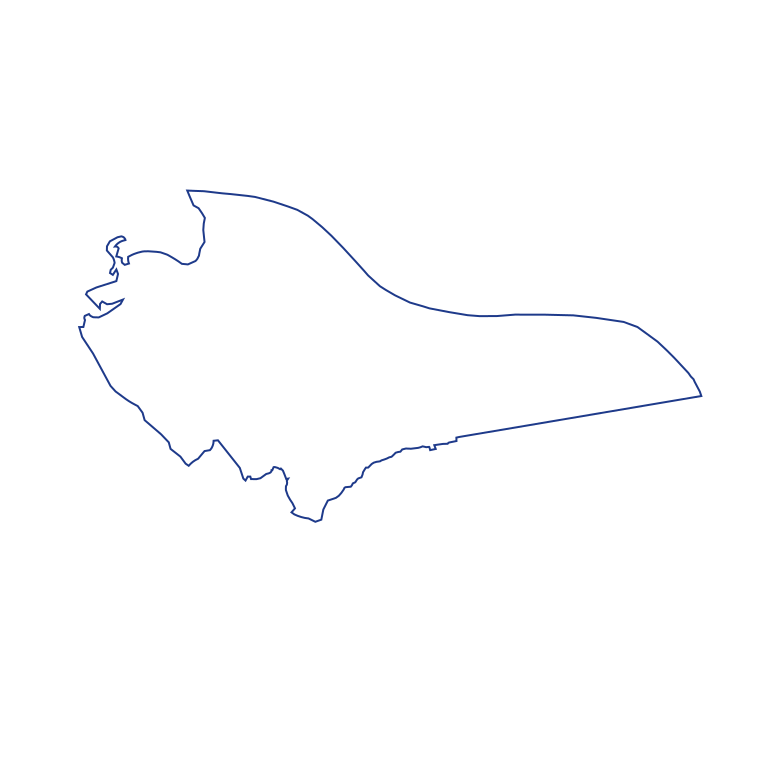 outline of Coronini, Caras-Severin, Romania, rotated 194°
{"feature_id": "2599482B76282201234198", "entity_name": "Coronini", "entity_type": "district", "adm_level": 2, "iso_a3": "ROU", "parent_name": "Romania", "parent_adm1": "Caras-Severin", "projection": "robinson", "projection_center": [21.719, 44.681], "detail": "fine", "context": "isolated", "style": "outline", "palette": "blue", "viewbox_px": 768, "rotation_deg": 194, "n_neighbors": 0, "source": "geoboundaries", "source_scale": "gbopen_adm2", "svg_char_len": 3676}
<svg xmlns="http://www.w3.org/2000/svg" viewBox="0 0 768 768"><g transform="rotate(194 384 384)"><path d="M553.7,257.4L552.3,259.9L550.6,262.3L548.6,264.5L546.3,266.5L541.9,275.5L536.9,277.7L536.3,278.9L535.8,280.1L535.5,281.4L535.3,282.6L535.2,283.9L535.2,285.2L535.4,286.5L535.6,287.7L531.5,289.2L503.6,267.7L497.6,258.2L495.0,256.8L493.8,261.2L491.3,261.8L490.0,259.6L484.8,260.8L481.1,262.7L476.5,268.2L474.1,269.5L472.8,270.6L472.1,272.0L472.3,273.2L471.5,273.5L471.0,276.6L469.9,277.0L466.9,276.9L464.2,276.2L463.6,277.0L461.1,275.5L458.9,272.5L455.9,268.2L454.1,269.0L454.9,266.6L454.1,264.8L453.9,262.9L454.4,261.1L453.8,258.3L453.5,257.3L450.4,252.5L447.1,249.0L444.0,246.2L440.3,241.8L441.1,240.2L442.7,237.1L439.5,235.8L435.9,235.2L432.1,234.9L428.4,234.9L424.7,235.3L417.3,233.7L412.0,237.2L412.5,247.5L411.4,252.4L410.3,257.3L404.9,260.7L403.1,261.9L400.8,264.6L399.0,268.1L397.6,271.8L397.2,273.8L396.3,274.6L391.4,276.3L390.7,277.8L390.2,279.9L390.2,280.0L388.1,281.7L387.0,284.9L386.1,286.2L383.3,288.0L382.9,291.0L383.0,293.3L381.9,296.9L381.3,298.5L379.1,299.1L376.6,303.4L374.9,305.2L372.4,306.7L370.1,307.6L368.9,308.2L368.1,309.2L365.5,310.8L363.3,312.3L361.2,314.1L359.1,315.2L358.6,315.9L357.1,318.3L356.1,320.1L353.9,321.4L351.7,322.3L350.5,324.9L349.2,325.6L347.1,326.7L342.2,327.7L338.8,329.0L335.4,330.3L333.4,331.4L331.5,332.8L329.8,332.9L327.8,332.9L325.0,333.9L324.7,333.7L323.2,331.0L318.1,333.5L320.4,336.8L317.3,338.1L312.4,340.1L307.8,341.4L307.2,342.6L306.4,343.1L299.9,346.2L300.8,349.5L298.2,350.8L73.2,449.1L75.7,453.0L83.2,461.4L84.8,463.5L88.1,465.5L91.3,468.3L108.7,479.6L117.5,484.9L128.9,491.3L151.8,500.6L166.5,502.2L194.1,499.5L216.9,496.4L244.6,490.2L273.7,483.0L290.7,477.3L307.5,473.0L319.5,471.0L338.3,469.5L358.2,468.4L364.8,468.8L378.5,469.3L394.7,472.7L405.0,475.7L411.6,477.9L425.7,485.5L430.7,489.0L442.0,496.6L456.4,506.1L470.7,515.0L481.7,521.1L493.4,526.8L498.6,528.9L510.3,532.0L520.0,533.0L535.4,534.2L554.5,534.3L561.9,533.5L578.7,531.2L586.3,530.0L590.7,529.4L605.4,527.5L614.8,525.5L621.7,524.1L618.3,519.5L612.0,511.2L606.4,509.7L601.8,505.6L598.0,501.8L597.7,496.1L596.6,489.7L592.5,478.4L594.5,472.3L595.0,470.8L594.8,466.2L594.6,463.7L595.0,462.1L595.3,460.5L596.1,458.7L596.7,457.7L603.2,452.6L609.2,451.7L613.0,453.2L616.8,454.5L620.7,455.7L624.6,456.8L626.0,457.1L632.7,457.7L636.7,457.2L640.7,456.5L644.6,455.8L648.5,454.8L650.6,454.0L652.5,453.0L654.4,452.0L656.3,450.8L658.1,449.6L659.8,448.3L661.4,446.9L663.0,445.5L662.7,443.8L662.2,442.2L661.5,440.6L660.6,439.2L664.4,436.9L667.4,438.3L668.0,439.3L668.4,440.4L668.6,441.5L668.7,442.6L670.2,442.9L671.7,443.1L673.1,443.1L674.6,443.0L674.3,451.4L674.8,451.9L675.5,452.3L676.2,452.6L677.0,452.6L677.7,452.5L678.3,452.3L677.8,453.5L677.2,454.6L676.5,455.7L675.7,456.7L674.4,458.1L673.0,459.2L671.4,460.2L669.7,461.1L670.1,461.9L670.8,462.5L671.5,463.1L672.4,463.5L673.5,463.7L674.6,463.7L678.1,461.9L684.5,456.1L686.1,450.6L685.2,446.5L677.7,441.3L676.8,440.2L676.0,439.0L675.3,437.7L674.7,436.4L674.7,436.1L675.2,431.3L676.8,428.7L676.7,425.4L673.5,424.3L671.4,430.4L668.7,426.4L668.6,419.1L686.4,408.1L694.2,401.9L694.8,398.9L677.9,388.2L678.9,392.9L677.4,395.9L672.0,394.4L667.2,396.1L657.7,402.8L659.0,397.8L669.6,385.6L676.9,379.6L681.9,378.5L682.8,378.5L684.1,378.8L685.2,379.1L686.3,379.7L687.2,380.5L690.8,377.7L690.9,376.7L690.8,375.6L690.3,374.6L689.6,373.8L689.5,366.6L693.5,365.5L688.3,356.6L673.7,343.2L648.9,316.0L642.6,311.8L630.8,306.9L627.5,305.7L624.3,304.7L620.9,303.8L617.6,303.0L611.3,297.7L607.5,291.0L588.0,281.2L578.7,275.3L575.4,269.4L564.0,264.3L557.2,258.7L553.7,257.4Z" fill="none" stroke="#1e3a8a" stroke-width="2"/></g></svg>